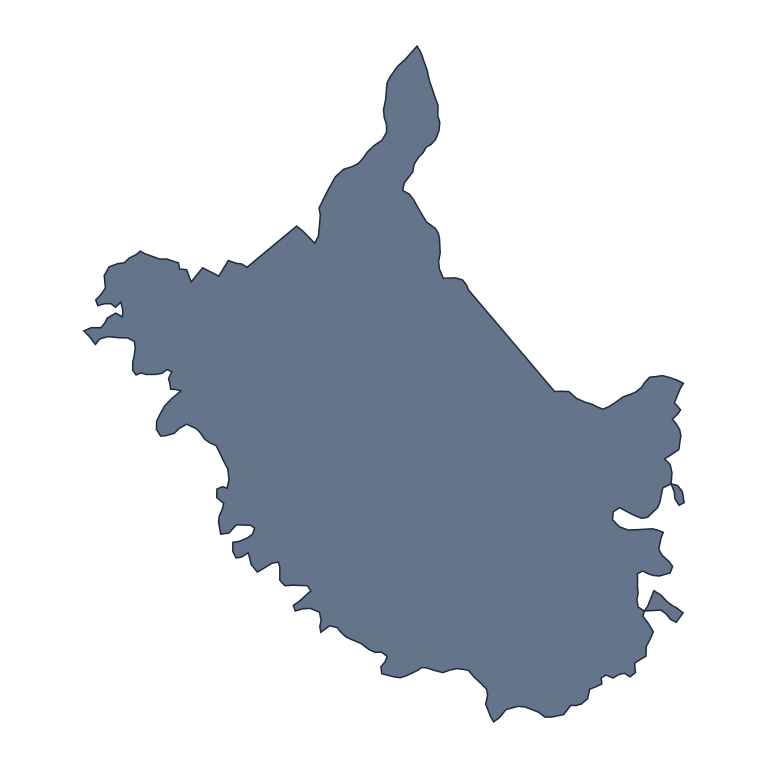 Cornélio Procópio, Paraná, Brazil
{"feature_id": "56859067B97278416412710", "entity_name": "Cornélio Procópio", "entity_type": "district", "adm_level": 2, "iso_a3": "BRA", "parent_name": "Brazil", "parent_adm1": "Paraná", "projection": "mercator", "projection_center": [-50.624, -23.195], "detail": "fine", "context": "isolated", "style": "filled", "palette": "slate", "viewbox_px": 768, "rotation_deg": 0, "n_neighbors": 0, "source": "geoboundaries", "source_scale": "gbopen_adm2", "svg_char_len": 4229}
<svg xmlns="http://www.w3.org/2000/svg" viewBox="0 0 768 768"><path d="M683.4,383.3L676.8,380.0L668.5,377.2L662.3,375.6L656.6,376.5L649.6,377.2L644.7,382.5L641.5,387.4L635.5,392.2L628.4,395.1L623.2,396.8L615.8,402.2L609.0,406.6L602.8,409.2L597.1,406.9L592.7,404.5L585.1,402.2L576.4,398.3L568.9,391.6L561.3,391.3L554.6,391.5L468.7,290.2L466.3,284.7L462.5,279.9L455.7,277.9L443.3,278.2L439.5,269.3L438.6,261.6L440.2,252.9L439.8,245.2L439.5,238.7L438.4,233.4L435.4,228.5L431.0,225.2L426.5,222.0L422.4,215.2L417.0,206.0L413.7,199.8L409.2,194.0L402.7,190.5L404.3,182.8L407.5,178.9L412.9,171.6L414.0,164.5L418.3,157.7L423.2,152.6L426.2,147.2L431.0,144.5L435.7,139.3L439.0,130.7L439.8,122.2L437.8,116.0L438.1,105.5L435.1,97.5L432.4,89.2L429.8,82.0L428.4,76.2L427.0,69.6L423.8,61.0L422.2,55.9L420.0,50.7L417.0,46.1L405.3,59.3L397.5,66.4L390.1,76.9L387.0,83.0L385.6,99.6L383.5,109.8L384.2,117.3L386.4,124.3L386.6,132.2L382.0,140.2L374.7,145.1L367.4,151.9L363.4,157.8L358.5,163.4L352.0,166.7L343.6,169.3L335.3,176.9L327.1,191.7L319.0,208.2L320.3,214.8L319.5,224.8L318.4,236.1L314.7,243.2L302.8,231.0L296.6,226.1L247.0,267.3L241.8,264.0L235.9,263.2L228.3,260.5L218.8,276.1L202.6,267.8L191.2,281.9L189.1,276.4L186.6,269.7L179.6,269.1L178.5,262.9L172.8,261.1L166.9,259.0L159.8,259.1L144.7,253.7L140.3,251.1L136.5,254.4L129.1,258.2L124.1,262.9L118.2,263.5L109.2,266.7L104.2,275.5L105.4,287.9L101.1,294.4L95.7,300.0L97.8,305.6L104.6,303.7L111.0,303.7L115.6,307.3L120.8,302.2L122.9,310.5L122.4,316.8L115.7,313.1L107.3,318.0L104.8,322.9L101.1,327.7L91.1,327.7L83.8,330.9L89.4,336.6L95.4,344.5L99.9,338.8L108.4,336.6L117.9,337.7L127.6,337.9L134.4,341.5L135.2,348.3L134.1,356.3L132.7,362.4L132.7,370.3L136.0,375.0L140.9,373.0L146.5,374.5L156.3,374.4L162.0,373.3L167.1,369.5L171.7,371.8L168.5,378.6L169.9,383.8L170.6,389.2L176.0,389.5L180.9,390.9L172.3,398.1L168.2,402.2L164.2,406.6L159.7,414.8L156.6,421.4L156.4,429.3L160.6,436.1L165.7,435.7L174.1,433.4L179.0,428.6L186.6,424.2L196.7,428.9L200.5,433.1L204.8,439.3L209.8,442.8L216.1,445.7L220.0,453.4L223.7,461.3L227.8,469.0L229.0,479.7L227.1,488.2L222.3,486.7L216.9,489.1L216.7,497.4L223.7,503.4L222.3,509.2L219.3,515.8L218.5,521.8L220.7,534.2L229.0,533.0L236.4,524.8L250.5,525.3L254.6,528.0L252.4,534.2L247.8,537.7L239.7,541.2L232.8,542.4L232.8,551.3L236.1,558.0L241.5,557.1L248.1,552.9L249.7,558.1L251.0,564.2L257.3,572.1L264.1,568.1L271.9,563.3L278.4,562.1L279.8,567.4L279.8,580.2L284.8,585.7L292.4,585.2L307.3,585.7L310.9,590.7L299.3,601.3L293.3,605.4L295.2,611.0L302.8,608.8L310.3,608.4L319.5,612.3L321.1,620.5L319.8,626.4L320.8,632.3L329.6,625.8L337.4,627.6L340.4,631.7L345.8,636.8L352.0,639.7L361.2,643.6L369.0,649.6L375.2,652.4L381.6,652.1L387.2,656.5L385.1,661.7L380.9,666.8L381.8,673.7L388.9,675.6L395.1,677.1L400.2,677.7L405.9,676.0L417.2,670.6L421.9,667.5L427.0,668.0L433.3,670.1L442.8,672.6L450.2,670.0L456.8,668.6L463.2,669.4L468.4,670.3L473.8,676.8L481.2,683.7L486.6,689.3L487.6,695.1L485.7,704.2L490.6,716.6L493.6,721.9L499.5,717.6L506.0,709.6L518.2,706.3L525.2,707.0L538.5,712.2L545.0,717.2L551.8,717.0L563.7,714.6L570.7,705.4L576.2,705.5L581.4,704.0L587.6,698.7L589.7,689.2L595.6,686.9L601.9,683.9L601.1,678.0L605.9,675.0L613.0,678.0L618.9,674.5L624.6,673.3L630.0,676.9L635.5,672.6L634.6,663.2L640.5,659.4L646.0,656.2L646.3,646.4L649.5,640.6L653.3,631.7L648.1,623.1L643.0,616.4L644.3,611.0L638.1,607.0L636.9,599.6L638.1,592.8L637.4,586.6L637.6,580.7L637.4,573.9L642.4,571.0L648.1,573.7L653.0,575.4L659.2,576.0L670.2,573.0L672.6,566.3L669.2,561.8L662.0,555.1L658.7,549.1L661.1,537.7L663.3,532.4L658.2,530.3L652.6,528.8L636.7,529.7L628.1,530.0L619.4,526.8L612.5,519.7L613.3,511.7L619.6,507.7L632.4,514.5L641.4,518.3L647.7,517.3L652.6,512.4L657.6,507.7L659.8,502.6L662.8,487.9L671.1,483.8L672.0,473.1L670.2,464.6L664.5,458.8L669.6,455.8L678.8,449.6L680.9,435.5L679.6,429.5L676.3,424.0L672.3,419.2L677.1,414.8L680.6,409.9L674.4,402.8L677.5,395.3L679.9,389.2L683.4,383.3ZM644.3,611.0L660.7,610.1L666.1,613.8L670.6,619.5L676.3,622.3L683.1,612.8L676.4,607.8L672.0,605.4L667.4,601.9L660.9,595.1L653.9,590.7L647.6,606.3L644.3,611.0ZM671.1,483.8L674.2,491.7L675.0,498.8L679.0,505.3L684.2,502.6L682.3,491.5L677.5,485.5L671.1,483.8Z" fill="#64748b" stroke="#1e293b" stroke-width="1.5"/></svg>